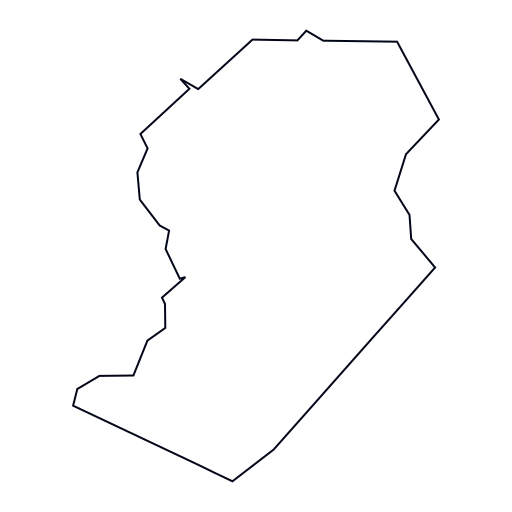 Hall, Georgia, United States of America
{"feature_id": "52423323B32051249133374", "entity_name": "Hall", "entity_type": "district", "adm_level": 2, "iso_a3": "USA", "parent_name": "United States of America", "parent_adm1": "Georgia", "projection": "equal_earth", "projection_center": [-83.865, 34.306], "detail": "fine", "context": "isolated", "style": "outline", "palette": "ink", "viewbox_px": 512, "rotation_deg": 0, "n_neighbors": 0, "source": "geoboundaries", "source_scale": "gbopen_adm2", "svg_char_len": 607}
<svg xmlns="http://www.w3.org/2000/svg" viewBox="0 0 512 512"><path d="M73.1,405.7L145.9,440.1L194.4,463.0L214.4,472.7L232.4,481.3L273.6,449.6L309.8,408.8L324.4,392.3L372.8,337.6L403.0,303.7L435.1,267.5L411.2,239.0L409.5,214.9L394.5,190.7L406.0,154.2L438.9,119.5L397.1,41.7L323.3,40.7L306.3,30.7L297.4,40.4L252.5,39.6L198.2,89.1L180.3,78.8L189.4,88.8L140.4,134.0L147.6,148.4L137.4,172.4L139.8,199.6L159.7,225.5L169.1,230.6L165.6,249.0L179.8,278.7L185.4,277.1L162.0,297.6L165.0,304.0L165.3,327.9L147.4,340.6L133.4,375.5L99.4,375.9L77.3,389.0L73.1,405.7Z" fill="none" stroke="#020617" stroke-width="2"/></svg>